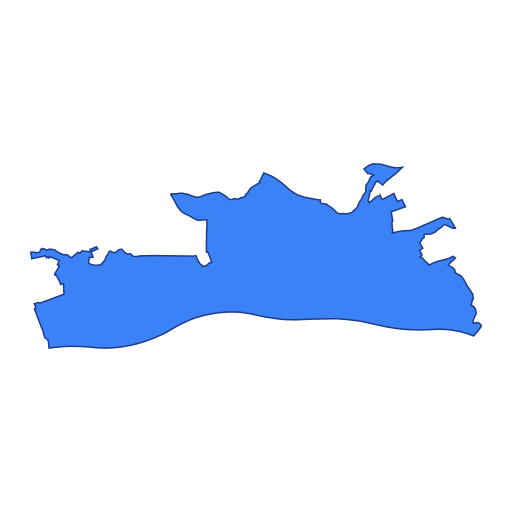 the district of Neder-Betuwe, Gelderland, Netherlands
{"feature_id": "6326949B61475164445939", "entity_name": "Neder-Betuwe", "entity_type": "district", "adm_level": 2, "iso_a3": "NLD", "parent_name": "Netherlands", "parent_adm1": "Gelderland", "projection": "orthographic", "projection_center": [5.585, 51.922], "detail": "fine", "context": "isolated", "style": "filled", "palette": "blue", "viewbox_px": 512, "rotation_deg": 0, "n_neighbors": 0, "source": "geoboundaries", "source_scale": "gbopen_adm2", "svg_char_len": 6013}
<svg xmlns="http://www.w3.org/2000/svg" viewBox="0 0 512 512"><path d="M473.7,335.9L478.9,329.8L479.5,328.9L479.3,328.8L479.4,328.6L480.4,327.7L480.5,327.3L481.3,326.5L481.2,326.0L480.9,325.1L480.6,324.6L479.6,323.5L478.7,323.0L477.6,322.7L476.5,322.6L475.4,322.8L473.6,323.5L473.1,322.6L473.3,320.0L476.2,313.3L475.9,311.4L475.5,309.5L475.2,309.0L475.3,308.8L474.3,307.3L473.5,306.4L472.6,305.8L471.3,305.5L471.6,303.3L472.7,299.0L473.2,298.9L472.8,294.6L472.3,293.6L469.9,289.8L467.8,286.8L463.6,279.3L461.6,276.5L460.7,275.7L460.0,275.2L456.4,273.6L455.3,272.3L454.7,269.8L453.5,268.3L452.9,267.8L449.6,265.9L448.3,264.8L455.0,258.4L455.3,258.0L455.4,257.8L455.2,257.8L452.9,256.3L449.3,258.2L443.6,259.9L439.7,260.8L435.3,262.1L429.1,265.0L427.8,263.6L425.0,260.9L422.5,258.2L421.4,257.5L419.9,257.1L421.8,255.3L421.8,254.0L419.5,250.9L422.5,248.2L422.8,248.1L419.6,242.8L420.9,241.4L422.1,239.2L424.1,237.5L424.2,237.0L423.9,235.3L424.2,234.5L424.9,234.1L428.0,234.2L430.7,234.0L434.7,232.5L437.8,229.6L439.5,228.6L441.8,226.8L443.2,225.2L444.0,224.8L444.8,224.8L445.7,225.0L452.4,228.1L455.4,228.3L455.3,228.0L452.2,222.7L449.6,218.7L449.4,219.0L448.9,219.1L448.0,219.1L443.8,217.6L443.2,217.5L442.3,217.7L442.2,217.3L435.6,220.0L431.6,221.9L426.1,224.3L422.6,225.6L421.7,226.2L418.0,227.8L411.0,230.4L410.3,230.5L404.8,230.7L399.3,231.4L395.2,232.3L392.5,233.1L392.2,232.5L392.8,232.3L391.8,221.8L392.4,221.6L392.8,221.0L391.2,211.9L405.5,206.7L401.9,199.6L397.4,201.6L395.1,196.3L395.0,196.2L393.9,193.4L389.3,195.9L382.0,199.6L380.0,195.0L379.7,195.7L379.2,196.0L378.7,196.2L377.5,196.2L376.1,197.2L375.5,197.2L374.8,198.1L373.4,199.1L371.9,200.6L370.6,201.5L369.2,202.7L368.4,201.0L368.0,200.6L368.4,199.4L369.0,196.7L369.4,195.5L369.8,193.6L370.2,190.5L371.4,191.0L372.0,189.4L372.3,188.1L372.9,187.6L373.9,185.7L375.0,184.0L375.1,183.7L375.0,182.9L375.1,182.5L376.2,181.9L376.6,181.9L376.8,181.5L377.4,180.9L382.8,185.1L383.4,184.1L387.2,180.0L387.4,180.2L396.9,172.6L402.3,167.3L400.1,167.7L395.7,167.8L391.6,167.2L381.0,164.2L378.2,164.0L372.5,163.9L368.1,165.8L364.4,168.6L364.0,169.0L367.8,173.6L369.2,173.5L373.7,175.2L370.7,177.0L369.9,178.6L368.3,182.2L366.7,184.3L366.2,184.7L365.9,186.8L365.7,188.9L365.8,189.6L366.0,190.4L365.7,191.6L365.1,192.7L365.0,193.2L364.2,193.9L363.9,194.5L363.9,194.8L363.3,195.0L363.1,195.4L362.5,196.6L362.4,197.3L361.6,198.4L361.5,199.2L360.4,200.6L359.4,202.1L358.8,203.3L358.6,204.3L358.0,204.9L357.8,205.9L357.4,207.0L356.8,207.9L356.3,208.6L354.0,210.0L352.8,211.7L352.2,212.2L350.4,213.0L349.5,213.1L348.3,213.6L346.8,213.8L342.8,213.5L340.0,213.8L337.6,213.1L336.2,212.1L335.1,210.8L331.8,207.9L328.5,205.7L326.7,204.3L325.2,203.9L321.6,203.5L320.3,202.4L320.4,199.9L318.3,199.8L304.7,197.3L297.1,194.7L290.5,190.6L288.6,189.0L285.1,185.7L281.2,182.5L277.3,179.6L274.3,177.7L271.3,176.0L265.8,173.7L263.7,173.0L262.4,175.9L259.6,181.3L259.5,181.7L260.1,182.1L260.1,182.7L259.3,182.9L257.5,183.8L252.6,187.0L250.5,188.3L250.0,188.9L247.6,192.7L247.4,193.0L247.6,193.1L246.9,193.8L246.0,194.2L245.7,194.5L245.5,194.9L245.6,195.5L245.0,196.3L242.0,197.6L240.9,197.7L237.9,199.3L236.9,199.3L235.4,198.5L234.1,198.7L231.5,199.7L228.6,198.9L228.1,198.7L226.9,197.1L223.3,194.6L219.5,192.5L218.4,192.2L217.2,192.2L211.7,193.0L209.1,193.7L206.4,194.3L204.7,195.0L203.2,195.4L200.7,196.7L198.7,197.1L195.2,197.1L187.1,194.1L185.1,193.9L182.6,193.3L179.6,193.3L175.1,193.9L171.9,193.7L170.9,194.2L170.8,194.5L171.0,195.0L173.0,198.0L176.5,204.8L177.8,207.0L179.8,209.7L182.1,212.0L184.4,213.5L188.8,215.5L195.4,219.3L196.9,220.0L198.2,220.2L199.4,220.3L205.1,219.8L206.9,219.9L206.8,221.3L207.0,224.2L206.6,232.1L206.4,245.3L206.5,245.4L206.4,247.4L206.4,252.0L206.6,252.2L207.1,251.8L207.3,251.9L207.6,251.7L210.0,257.4L211.0,260.5L211.6,262.6L210.2,262.6L209.6,262.8L208.8,263.3L207.9,264.3L206.3,265.6L202.7,266.6L202.6,265.9L202.3,265.4L201.0,264.7L200.1,264.0L197.3,259.3L196.4,256.3L196.1,255.9L195.6,255.7L193.0,256.1L153.8,255.6L139.9,255.9L137.0,256.5L134.6,256.5L132.9,256.2L131.4,254.4L130.6,253.8L129.7,253.7L127.6,254.1L126.2,253.4L124.3,252.1L122.4,249.8L121.9,249.3L121.5,249.2L118.6,249.9L118.2,250.1L117.4,251.1L116.6,251.7L115.0,252.4L114.0,252.7L113.1,252.6L111.4,251.4L110.8,251.2L110.2,251.1L109.2,251.6L108.9,252.0L108.4,253.5L106.2,256.5L105.3,259.1L104.3,260.7L103.1,262.2L101.2,264.3L100.2,264.9L97.7,265.2L94.4,265.2L92.0,264.7L88.5,263.3L89.3,257.3L93.0,257.4L92.8,256.1L92.4,255.0L91.0,251.9L97.8,248.8L96.3,246.8L91.0,249.2L89.9,249.4L90.8,251.7L88.7,251.6L83.3,251.1L82.2,250.6L79.9,253.2L78.0,252.3L71.2,257.8L67.2,254.8L66.7,254.6L65.9,254.6L64.5,254.9L63.5,254.7L60.9,253.6L57.0,251.7L55.2,250.2L53.2,249.6L50.9,249.2L48.9,249.2L47.1,250.0L46.2,249.8L44.5,249.0L42.8,248.5L42.1,248.5L41.4,248.8L40.8,249.5L39.8,251.7L39.3,252.1L38.8,252.3L36.7,252.8L35.3,252.3L34.7,252.2L31.8,252.1L30.7,252.3L30.8,252.6L30.7,252.8L31.4,255.5L31.6,257.2L31.7,258.7L43.1,256.3L45.2,255.6L46.5,257.8L46.9,257.6L48.6,256.5L48.6,257.9L50.7,257.3L51.8,257.3L59.3,260.6L57.4,264.7L59.4,265.5L57.6,269.1L54.8,273.7L54.7,273.9L55.0,275.3L56.3,275.1L59.7,281.8L60.6,284.5L63.5,283.7L64.0,294.1L47.4,300.4L40.1,303.0L38.8,302.7L37.4,302.8L36.2,303.2L34.6,304.0L34.4,303.9L36.0,308.3L34.4,308.9L41.8,328.3L42.9,330.1L43.4,333.0L44.1,335.8L44.8,337.7L46.0,338.4L47.7,339.9L48.4,341.4L49.0,348.1L55.3,347.3L63.4,346.6L70.4,346.3L80.9,346.5L88.9,347.0L97.0,347.8L101.2,348.0L107.3,348.1L115.5,347.6L122.7,346.7L127.9,345.8L136.5,343.9L142.4,342.2L147.5,340.5L154.7,337.7L163.0,334.1L166.4,332.3L175.0,327.2L181.0,324.0L189.9,319.9L194.8,318.1L199.5,316.6L205.5,315.1L212.1,313.8L217.4,312.9L226.3,312.1L229.5,312.0L237.5,312.1L241.5,312.4L250.2,313.7L265.1,317.0L278.7,319.0L285.5,319.6L296.1,319.8L311.5,319.1L336.2,318.7L348.0,319.6L358.6,320.9L362.1,321.5L386.6,326.9L396.7,328.5L404.2,329.3L411.8,329.7L418.6,329.9L421.8,329.9L439.4,329.2L448.3,329.6L457.0,331.0L460.3,331.7L467.2,333.6L473.7,335.9Z" fill="#3b82f6" stroke="#1e3a8a" stroke-width="1.5"/></svg>